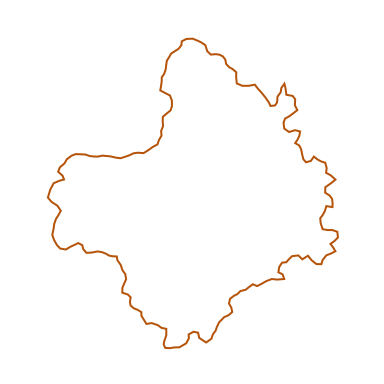 the district of Betim, Minas Gerais, Brazil, rotated 263°
{"feature_id": "56859067B86434852333511", "entity_name": "Betim", "entity_type": "district", "adm_level": 2, "iso_a3": "BRA", "parent_name": "Brazil", "parent_adm1": "Minas Gerais", "projection": "albers", "projection_center": [-44.196, -19.942], "detail": "fine", "context": "isolated", "style": "outline", "palette": "amber", "viewbox_px": 384, "rotation_deg": 263, "n_neighbors": 0, "source": "geoboundaries", "source_scale": "gbopen_adm2", "svg_char_len": 2942}
<svg xmlns="http://www.w3.org/2000/svg" viewBox="0 0 384 384"><g transform="rotate(263 192 192)"><path d="M228.4,61.6L224.0,65.5L220.0,66.5L219.4,62.2L217.6,55.8L211.6,51.6L207.8,49.9L204.0,48.3L199.3,51.4L194.8,56.7L189.4,59.5L184.7,56.1L182.0,53.8L177.2,51.4L172.2,50.1L166.5,48.1L161.0,49.3L155.8,51.5L152.0,54.2L150.3,59.7L152.5,64.8L153.7,68.6L155.2,72.8L152.6,76.6L148.6,77.1L144.5,79.8L144.1,84.9L144.5,91.0L143.4,95.0L141.4,98.8L138.9,102.1L137.8,105.8L137.2,109.5L133.5,109.6L128.2,112.4L123.0,113.4L118.5,115.8L113.5,116.0L109.7,113.7L105.5,111.3L100.6,110.5L98.1,115.8L94.9,118.3L90.6,117.0L86.8,117.2L83.7,120.0L81.6,123.8L78.9,127.1L75.3,126.7L71.4,128.5L66.6,130.7L66.8,136.1L63.9,142.0L60.9,145.1L59.3,149.8L52.8,149.0L47.8,146.5L44.3,145.3L40.5,146.5L39.7,151.1L39.9,155.5L39.4,160.6L42.5,167.8L47.2,171.1L51.0,171.3L53.1,176.4L51.6,180.9L46.3,181.4L40.9,187.7L44.0,193.4L48.2,195.4L51.4,198.5L55.1,200.3L59.3,203.0L63.9,208.7L65.3,213.5L68.0,217.3L72.6,216.9L76.8,215.1L81.3,216.7L83.9,221.0L85.1,224.6L87.8,228.0L88.4,233.3L90.9,237.3L93.0,241.2L90.7,245.1L92.3,249.7L94.5,254.9L95.9,260.7L94.7,265.8L94.4,272.9L99.2,271.9L101.8,268.0L106.9,269.4L110.9,272.8L110.8,277.0L113.2,279.7L116.1,283.5L116.1,289.8L111.7,293.3L114.6,299.3L109.7,302.4L105.3,306.7L104.6,311.6L108.6,313.4L112.8,317.7L114.0,322.5L115.7,327.1L120.1,325.2L123.6,323.1L126.1,327.6L129.1,331.3L134.8,331.4L137.1,326.7L137.7,321.9L139.2,317.1L145.5,315.9L150.3,316.1L153.6,319.2L157.0,321.6L161.6,323.6L159.9,329.6L163.7,330.2L168.0,330.2L171.7,328.2L175.1,324.1L180.5,324.9L183.7,330.9L186.8,335.9L191.7,331.7L194.7,327.4L199.3,328.6L204.9,327.8L206.6,323.9L208.8,320.8L212.3,317.3L208.4,313.8L207.6,308.8L211.0,306.5L216.2,305.9L221.3,305.5L225.1,304.1L228.0,300.4L230.7,302.8L234.5,305.3L238.9,306.7L240.8,301.8L239.7,295.7L243.7,291.3L249.7,291.3L253.6,293.4L255.1,297.3L257.6,301.8L260.4,306.5L265.5,304.7L271.4,305.7L275.1,303.6L277.0,297.5L283.4,297.5L288.2,296.9L284.3,293.3L280.2,292.2L276.3,288.5L270.6,287.4L267.8,285.0L267.8,280.4L271.8,279.1L277.2,276.2L282.0,273.2L286.4,270.1L290.9,267.4L290.5,261.3L291.3,254.8L294.3,249.7L300.3,249.8L305.5,250.5L309.1,247.2L311.4,244.1L314.9,241.5L319.3,241.2L322.8,239.2L324.9,236.1L325.9,232.5L326.1,227.4L329.9,224.3L336.2,223.1L339.8,218.8L341.9,215.3L344.1,211.4L344.6,205.1L342.8,200.2L338.9,199.3L335.7,196.0L333.8,192.0L331.9,188.1L328.6,185.7L325.5,183.1L321.3,181.9L317.1,180.9L312.7,178.8L309.6,176.0L305.5,175.4L301.3,174.3L296.7,172.9L293.8,177.0L290.5,181.9L285.1,183.2L279.5,182.5L275.7,180.7L272.8,176.2L270.2,172.2L265.5,171.5L260.9,171.3L256.4,168.8L251.6,168.6L247.6,165.5L243.4,163.5L241.5,158.5L239.0,154.1L236.5,148.7L237.6,143.1L237.5,138.5L235.9,133.8L234.2,125.2L235.5,120.3L237.3,115.4L239.0,107.6L238.6,102.7L239.2,99.0L240.1,95.0L242.2,90.7L243.0,86.0L243.8,81.3L242.8,77.1L239.8,71.8L235.9,68.9L232.6,63.9L228.4,61.6Z" fill="none" stroke="#b45309" stroke-width="2"/></g></svg>